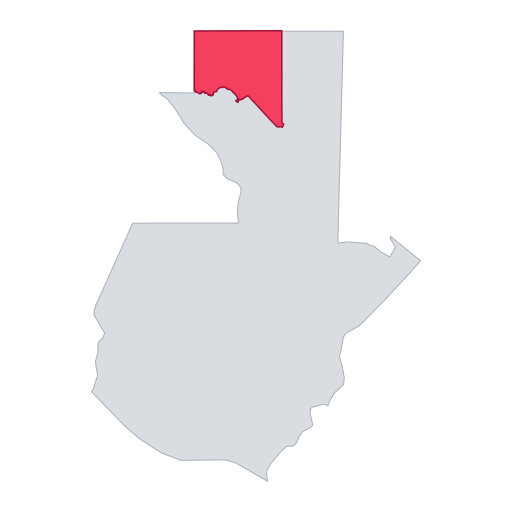 location of San Andrés, Petén, Guatemala
{"feature_id": "79465075B48357778365605", "entity_name": "San Andrés", "entity_type": "district", "adm_level": 2, "iso_a3": "GTM", "parent_name": "Guatemala", "parent_adm1": "Petén", "projection": "equal_earth", "projection_center": [-90.564, 17.38], "detail": "fine", "context": "in_parent", "style": "filled", "palette": "rose", "viewbox_px": 512, "rotation_deg": 0, "n_neighbors": 0, "source": "geoboundaries", "source_scale": "gbopen_adm2", "svg_char_len": 5664}
<svg xmlns="http://www.w3.org/2000/svg" viewBox="0 0 512 512"><path d="M91.4,391.6L93.5,388.8L95.3,382.3L97.6,375.5L96.2,367.7L95.4,361.4L98.0,352.3L97.8,345.4L99.0,341.1L102.7,338.4L104.7,333.1L94.1,315.1L94.1,310.9L95.5,305.9L104.2,286.6L114.5,263.7L125.9,238.4L132.7,223.2L157.5,223.1L174.0,223.1L194.8,223.1L217.5,223.1L232.4,223.1L238.5,222.9L237.4,213.0L238.2,202.1L241.0,192.2L241.0,187.8L236.5,182.5L227.9,179.3L223.2,174.6L223.1,168.6L221.0,161.4L216.9,152.9L208.3,144.2L195.2,135.3L184.1,123.4L174.9,108.4L167.1,98.8L161.2,94.8L159.7,92.6L177.3,92.8L193.8,93.0L193.9,71.6L194.1,52.5L194.2,31.1L224.2,31.1L260.0,31.1L297.1,31.2L326.3,31.2L343.4,31.2L342.7,57.9L341.9,88.7L341.3,111.4L340.5,141.8L339.6,172.8L338.5,215.2L337.8,242.6L338.1,243.2L347.9,241.9L362.4,243.1L365.9,243.0L370.4,245.4L373.8,246.1L381.2,252.2L389.8,256.9L395.3,247.5L392.4,241.8L390.2,238.9L390.5,236.4L420.6,260.8L417.1,264.6L409.5,273.3L395.7,288.2L383.3,301.5L371.4,313.6L360.7,324.5L359.4,325.6L345.8,333.4L343.5,336.9L340.6,352.3L339.3,356.2L341.8,364.7L344.3,377.9L343.5,384.8L334.0,393.4L329.7,401.0L327.8,406.0L326.1,404.7L323.2,404.3L316.4,406.2L313.2,406.6L310.4,408.8L310.2,413.6L312.0,421.3L312.7,425.3L310.8,427.2L302.4,431.8L299.2,436.4L296.0,443.5L292.4,446.5L288.6,446.0L285.9,447.0L280.1,452.4L271.4,462.7L266.8,470.4L266.7,476.1L267.6,481.3L235.9,463.0L225.4,459.9L180.9,460.3L161.9,453.2L140.2,439.3L125.5,426.8L91.4,391.6Z" fill="#d9dde1" stroke="#a8b0b8" stroke-width="1"/><path d="M283.7,124.2L283.2,123.7L282.9,123.5L282.7,123.3L282.5,123.2L282.4,123.1L281.9,122.6L281.9,120.6L281.9,113.8L281.8,102.1L281.9,99.8L281.8,99.1L281.8,84.3L281.9,71.9L281.8,71.5L281.8,30.7L194.3,31.0L194.3,61.6L194.3,90.1L194.6,90.2L194.7,90.3L194.8,90.4L194.8,91.0L194.9,91.3L195.2,91.7L195.3,92.0L195.5,92.0L195.6,91.9L195.6,91.5L195.7,91.4L195.8,91.3L196.0,91.4L196.0,91.6L196.2,91.8L196.4,92.0L196.7,92.0L196.8,92.0L197.1,92.3L197.4,92.2L197.5,92.3L197.7,92.6L198.1,92.9L198.5,93.0L198.8,93.3L199.0,93.4L199.2,93.5L199.4,93.5L199.8,93.7L200.0,93.8L200.2,93.7L200.3,93.7L200.5,93.1L201.3,93.1L201.6,93.1L201.6,92.9L201.6,92.7L201.6,92.3L201.6,92.2L201.7,92.3L201.8,92.3L201.9,91.8L201.9,91.7L202.0,91.7L202.3,92.1L202.6,92.0L202.7,91.9L203.0,91.8L203.1,91.7L203.2,91.8L203.3,91.8L203.4,91.3L203.4,91.2L203.5,91.2L203.7,91.3L203.7,91.7L203.8,91.8L203.9,91.7L204.1,91.5L204.3,91.7L204.3,92.0L204.3,92.3L204.4,92.5L204.5,92.5L204.8,92.7L204.8,92.8L204.6,93.0L204.7,93.3L204.9,93.3L205.2,93.2L205.6,93.3L205.8,93.2L206.0,92.9L206.4,92.8L206.7,93.0L207.0,93.2L207.5,93.7L207.6,93.9L207.7,94.1L207.8,94.2L208.0,94.2L208.2,94.3L208.3,94.6L208.3,94.9L208.4,95.2L208.5,95.2L208.8,94.8L209.1,94.5L209.2,94.4L209.5,94.2L209.6,94.3L209.6,94.8L209.7,95.0L209.8,95.2L209.9,95.3L210.2,95.2L210.4,95.3L210.5,95.3L210.6,95.5L211.1,95.8L211.3,95.9L211.5,95.7L211.7,95.3L211.8,95.2L211.9,95.3L211.9,95.5L212.0,95.5L212.3,95.4L212.5,95.3L212.6,95.2L212.9,95.1L213.0,95.0L213.0,94.9L212.9,94.7L213.2,94.5L213.3,94.5L213.4,93.8L213.4,93.6L213.3,93.4L213.2,93.1L213.2,92.9L213.3,92.7L213.6,92.5L213.8,92.3L214.0,92.1L214.6,91.9L215.1,91.7L215.5,91.8L215.8,91.8L215.9,91.7L216.1,91.7L216.3,91.6L216.7,91.3L216.9,91.1L217.0,90.8L217.2,90.1L217.3,89.8L217.7,89.3L218.3,88.8L218.4,88.7L218.5,88.4L218.7,88.2L218.8,88.1L219.4,88.0L219.9,87.8L220.3,87.8L220.8,87.5L221.3,87.3L221.6,87.1L221.9,86.9L222.5,86.9L222.7,86.7L222.8,86.7L222.9,86.8L222.8,87.0L222.7,87.1L222.8,87.2L222.8,87.3L223.0,87.2L223.5,87.0L223.9,87.0L224.2,87.1L224.7,87.2L225.3,87.3L225.6,87.4L225.7,87.6L226.0,88.1L226.3,88.4L226.5,88.5L226.8,88.6L227.0,88.7L227.1,88.8L227.3,89.0L227.9,89.3L228.0,89.3L228.1,89.2L228.3,89.2L228.7,89.4L229.4,89.4L230.0,89.5L230.4,89.9L230.6,90.1L231.1,90.3L231.5,90.5L231.8,90.6L232.0,90.7L232.3,91.0L232.5,91.6L232.9,91.6L233.0,91.8L232.9,91.9L232.9,92.0L233.0,92.1L233.3,92.2L233.2,92.5L233.3,92.6L233.4,92.8L233.5,92.9L233.8,93.0L234.2,93.3L234.3,93.5L234.7,94.0L234.9,94.0L235.1,94.1L235.3,94.2L235.4,94.3L235.5,94.6L235.9,95.2L236.0,95.2L236.0,95.3L236.6,96.0L236.8,96.3L237.3,97.0L237.4,97.5L237.5,97.7L237.5,97.8L237.5,98.1L237.6,98.6L237.4,98.8L237.4,99.0L237.5,99.1L237.6,99.4L237.7,99.6L237.7,99.8L237.6,100.0L237.5,100.3L237.3,100.4L237.2,100.5L236.9,100.3L236.6,100.3L236.4,100.4L236.2,100.4L236.0,100.5L235.9,100.7L235.9,100.9L235.9,101.0L236.1,101.5L236.3,101.6L236.5,101.6L236.9,101.6L237.1,101.5L237.6,101.5L237.8,101.7L237.8,101.8L237.7,102.0L237.8,102.2L237.8,102.3L238.0,102.3L238.1,102.2L238.0,101.9L238.2,101.4L238.3,101.2L238.3,100.5L238.3,100.4L238.4,100.2L238.7,100.3L238.8,100.2L238.7,100.0L238.7,99.9L238.8,99.7L239.0,99.9L239.1,99.5L239.2,99.4L239.6,99.5L239.7,99.4L239.9,99.4L240.4,99.7L240.7,99.8L240.8,99.8L241.2,99.6L241.5,99.5L241.9,99.3L242.1,99.2L242.6,99.1L243.1,98.9L243.5,98.4L243.8,98.0L244.0,97.7L244.3,97.6L244.6,97.6L244.9,97.5L245.3,97.2L245.6,97.0L245.7,96.9L246.0,96.5L246.2,96.4L246.4,96.3L246.6,96.2L246.8,96.2L247.0,96.2L247.5,95.9L247.8,95.7L248.3,96.0L248.7,96.4L249.4,97.1L250.4,98.2L250.6,98.4L251.3,99.3L251.7,99.6L252.2,100.3L252.3,100.3L253.1,101.2L255.3,103.4L255.7,103.9L256.4,104.8L257.0,105.3L257.4,105.8L258.4,106.9L259.9,108.5L260.1,108.7L260.9,109.5L261.1,109.7L261.7,110.5L262.3,111.1L265.3,114.4L266.4,115.5L267.1,116.3L268.2,117.5L268.8,118.1L269.2,118.6L269.4,118.8L270.3,119.8L275.1,124.8L275.3,125.0L275.8,125.5L276.7,126.5L276.9,126.7L277.0,126.8L277.5,126.7L278.0,126.7L278.6,126.9L278.8,126.9L279.2,127.0L279.9,126.7L280.2,126.6L280.6,126.7L281.3,126.8L281.7,127.0L281.9,127.0L282.2,127.2L282.4,127.2L282.6,126.6L283.0,126.0L283.4,125.0L283.5,124.7L283.7,124.3L283.7,124.2Z" fill="#f43f5e" stroke="#9f1239" stroke-width="1.5"/></svg>